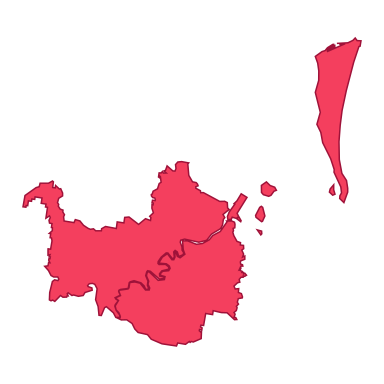 the district of Brisbane, Queensland, Australia
{"feature_id": "25037944B26487143019559", "entity_name": "Brisbane", "entity_type": "district", "adm_level": 2, "iso_a3": "AUS", "parent_name": "Australia", "parent_adm1": "Queensland", "projection": "mercator", "projection_center": [153.061, -27.341], "detail": "fine", "context": "isolated", "style": "filled", "palette": "rose", "viewbox_px": 384, "rotation_deg": 0, "n_neighbors": 0, "source": "geoboundaries", "source_scale": "gbopen_adm2", "svg_char_len": 5973}
<svg xmlns="http://www.w3.org/2000/svg" viewBox="0 0 384 384"><path d="M188.7,162.9L181.6,161.6L177.8,162.0L175.5,164.6L176.0,168.5L175.0,171.1L172.8,170.9L167.1,165.9L165.5,170.3L164.0,170.9L166.3,173.0L163.4,173.1L162.4,171.5L161.2,172.9L159.1,172.9L158.5,177.0L159.9,178.0L159.6,175.9L160.4,176.7L161.1,182.3L159.2,183.5L157.5,188.8L153.1,191.2L152.2,194.1L151.3,194.5L151.4,195.9L152.7,197.6L154.8,198.0L155.4,199.7L155.1,200.6L152.5,200.2L152.0,202.8L153.3,203.1L153.1,204.8L152.0,204.6L151.9,208.2L153.4,212.8L149.7,216.3L150.9,217.6L150.5,220.5L145.5,218.7L138.6,224.4L129.0,217.0L124.7,217.4L123.9,222.9L117.2,221.9L116.3,228.5L105.5,226.5L101.6,228.7L101.4,230.8L95.7,230.8L93.5,228.8L90.4,229.3L88.0,228.3L83.5,225.3L79.9,220.9L75.3,219.6L74.0,222.6L64.1,221.0L63.6,216.8L64.5,214.7L62.8,212.0L63.0,210.1L60.2,209.1L58.3,206.2L58.7,204.4L57.5,202.7L58.7,198.3L62.6,195.9L62.6,193.0L60.7,188.7L59.4,189.0L55.6,185.5L55.2,187.9L52.7,187.5L53.4,181.8L52.5,181.0L48.5,183.2L40.1,183.2L39.2,186.7L36.1,187.6L25.0,195.5L23.0,206.8L25.9,207.2L26.2,205.5L27.7,205.7L28.4,200.9L31.5,201.3L31.9,199.0L34.7,199.4L35.1,196.9L42.0,198.0L41.2,203.3L46.0,204.1L45.5,207.0L47.5,207.3L45.9,218.2L49.5,215.9L50.3,217.6L49.0,220.3L49.5,223.1L52.0,223.6L51.4,227.5L52.4,227.7L52.3,230.7L49.3,233.4L50.7,233.6L50.1,237.7L51.5,238.0L52.0,240.9L50.6,249.2L48.1,248.8L48.0,249.6L48.0,255.2L50.0,254.7L49.1,256.7L50.3,256.9L50.0,258.7L49.0,258.5L48.7,260.2L49.9,262.7L48.6,262.5L48.0,265.8L44.7,266.3L48.5,270.6L51.0,275.5L53.7,277.0L57.8,277.0L58.8,279.1L57.9,280.6L54.6,279.8L52.4,281.5L49.7,292.5L49.4,299.9L51.0,300.8L52.7,300.1L54.8,301.4L60.5,295.5L62.9,297.2L66.7,297.1L67.2,295.8L68.2,295.9L67.2,293.7L68.2,292.8L71.9,295.5L73.6,295.0L78.4,296.3L83.2,295.5L85.0,292.5L92.2,290.2L91.9,287.9L88.1,286.6L87.6,285.6L89.3,283.7L92.5,283.4L94.8,284.3L97.1,288.7L95.6,299.7L98.1,306.5L99.0,315.3L101.3,315.5L104.6,307.6L106.4,306.7L113.4,312.8L115.8,317.4L120.0,317.4L119.6,314.9L116.2,310.4L114.8,306.1L115.3,304.6L118.3,300.7L115.7,298.9L115.1,297.7L120.3,295.2L118.7,291.7L118.7,290.8L119.2,290.0L120.7,289.4L128.2,288.4L129.2,282.7L130.2,281.8L134.0,280.7L140.9,282.8L144.1,285.8L145.7,289.4L148.9,289.1L147.4,285.3L147.9,281.0L145.7,275.6L146.8,271.7L147.7,270.7L150.4,271.3L159.4,279.1L164.1,278.4L164.0,276.9L159.7,276.1L159.5,273.8L161.9,270.8L168.9,269.1L168.6,266.9L165.5,264.4L159.0,264.5L158.0,263.5L158.2,261.5L161.2,257.1L166.2,252.9L167.9,253.0L172.4,258.6L173.3,258.5L174.3,257.1L173.7,251.9L175.1,250.4L177.3,251.9L178.8,256.5L182.9,254.8L183.8,252.9L182.1,250.2L182.0,246.9L180.2,242.2L180.7,240.2L184.6,239.1L198.9,242.2L206.6,240.3L211.5,234.1L220.6,228.6L222.5,225.1L223.4,219.3L224.8,217.6L223.0,214.5L229.1,209.5L227.6,207.9L227.3,202.6L224.7,201.3L219.7,201.4L203.4,192.6L200.7,192.7L200.4,190.7L195.8,188.2L195.8,186.7L198.1,185.8L197.5,184.1L196.2,182.6L192.5,181.8L188.8,175.4L187.8,164.0L188.7,162.9ZM244.8,256.0L242.6,257.0L243.6,254.1L241.8,250.1L243.7,248.7L243.5,245.4L240.3,245.0L240.5,242.6L237.0,241.4L233.8,235.6L232.8,232.1L233.5,230.8L233.1,228.4L234.8,227.8L235.0,224.3L234.5,222.2L231.4,220.8L231.2,219.6L232.2,217.2L236.4,218.4L237.8,217.2L238.1,217.1L238.4,217.3L238.9,217.0L237.1,213.3L247.0,197.4L241.2,193.8L236.9,200.9L234.0,203.7L234.8,204.2L229.2,212.0L227.4,216.5L227.9,219.8L230.6,219.3L230.6,221.0L226.6,221.0L227.1,221.7L220.3,231.5L212.8,235.5L209.3,239.8L202.5,243.5L196.4,244.3L187.4,240.8L182.5,240.9L183.3,249.9L184.9,254.2L180.1,257.8L177.4,256.4L175.5,251.4L174.8,252.2L175.0,257.1L173.8,259.7L171.9,259.7L167.4,253.7L162.3,257.2L158.8,263.1L166.4,263.8L169.3,266.0L170.1,268.4L168.7,270.7L162.8,271.3L161.0,272.8L160.2,275.2L165.0,276.6L164.4,279.6L158.2,280.4L148.5,271.3L146.9,273.3L146.5,276.0L148.7,281.2L148.0,284.3L149.7,288.0L149.2,290.0L145.5,290.0L140.1,283.2L134.9,282.0L129.8,282.5L129.0,287.8L128.0,289.0L119.3,290.2L118.9,291.4L120.5,295.6L115.4,297.9L118.5,300.5L115.2,305.9L116.1,309.9L118.8,312.7L120.3,316.2L120.2,317.6L117.9,318.3L121.3,319.9L126.7,319.8L132.1,323.5L134.8,329.0L138.1,332.5L147.5,334.6L151.2,339.2L161.9,343.8L176.5,346.0L177.7,343.0L185.5,344.3L189.3,341.5L190.1,342.4L191.2,341.5L193.3,342.0L201.2,338.6L201.5,331.5L200.9,332.2L199.3,330.8L199.5,329.5L201.8,330.0L202.1,327.9L200.5,326.9L200.9,325.2L203.6,325.5L205.7,313.5L212.6,314.6L213.2,310.7L221.4,312.6L227.1,312.8L234.5,319.7L236.8,319.5L235.8,317.6L234.1,317.3L235.1,314.2L234.0,312.5L236.3,310.6L237.1,307.7L236.4,306.3L238.5,304.1L237.3,302.2L238.3,298.6L242.3,297.9L242.5,296.9L241.4,293.6L238.4,292.5L238.7,288.6L235.2,289.0L234.0,286.1L237.5,282.8L239.8,282.2L239.2,279.4L241.0,277.3L243.2,277.2L243.3,275.9L244.6,276.4L246.5,275.2L244.9,273.3L243.6,273.9L243.6,272.6L241.9,272.5L242.4,271.5L240.0,270.4L240.6,268.9L239.3,269.6L240.9,266.1L242.8,266.1L242.5,264.7L240.7,264.2L240.3,262.0L240.9,260.8L244.8,259.3L244.8,256.0ZM315.3,92.4L320.3,112.3L316.9,124.3L320.8,132.4L322.7,142.7L330.7,158.8L334.2,169.5L334.0,172.2L340.8,186.9L341.5,192.9L339.9,195.8L339.7,198.5L343.9,202.6L347.7,192.1L347.7,188.3L346.5,180.5L341.9,173.4L339.3,159.6L339.0,141.7L340.2,125.4L342.1,110.4L346.3,90.6L353.7,62.2L358.9,46.6L360.1,46.2L361.0,40.8L357.1,40.6L355.2,38.0L352.9,40.4L347.9,42.8L336.9,43.4L339.2,43.3L340.2,44.5L342.1,43.3L343.8,44.2L345.2,43.7L326.9,51.7L334.8,46.7L334.8,45.4L333.4,45.7L326.5,50.3L331.1,45.6L334.3,44.3L332.8,44.4L327.5,47.7L325.1,50.6L322.0,51.6L315.3,56.4L317.7,63.1L318.8,71.0L318.7,80.4L315.3,92.4ZM261.4,185.4L261.5,192.5L263.4,194.7L268.7,196.3L271.0,195.3L274.0,191.2L276.4,190.3L274.7,187.2L270.1,185.5L266.4,181.9L261.4,185.4ZM255.6,215.4L256.0,217.3L261.6,221.7L262.5,221.3L264.9,216.0L262.7,207.4L261.3,206.3L259.7,207.4L255.6,215.4ZM329.4,192.1L332.7,195.2L335.0,194.2L333.7,189.8L333.7,184.8L330.2,188.9L329.4,192.1ZM261.6,231.1L257.3,229.9L260.8,234.9L261.8,233.8L261.6,231.1ZM241.1,220.7L239.0,217.0L236.6,218.6L240.7,221.7L241.1,220.7Z" fill="#f43f5e" stroke="#9f1239" stroke-width="1.5"/></svg>